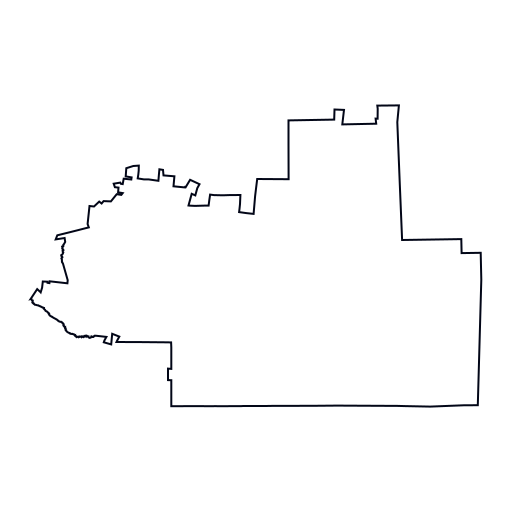 outline of Candelaria, Campeche, Mexico
{"feature_id": "50627088B43108093310772", "entity_name": "Candelaria", "entity_type": "district", "adm_level": 2, "iso_a3": "MEX", "parent_name": "Mexico", "parent_adm1": "Campeche", "projection": "albers", "projection_center": [-91.135, 18.16], "detail": "fine", "context": "isolated", "style": "outline", "palette": "ink", "viewbox_px": 512, "rotation_deg": 0, "n_neighbors": 0, "source": "geoboundaries", "source_scale": "gbopen_adm2", "svg_char_len": 5174}
<svg xmlns="http://www.w3.org/2000/svg" viewBox="0 0 512 512"><path d="M30.7,298.9L31.0,298.8L31.4,299.0L31.4,299.4L31.6,299.9L31.7,300.0L32.0,300.3L32.2,300.5L32.4,300.5L32.7,300.5L32.8,300.8L32.6,301.2L32.6,301.5L32.7,302.1L32.4,302.1L32.3,302.4L32.4,302.6L32.8,303.0L33.1,303.2L33.4,303.2L33.5,303.4L33.8,303.5L33.8,303.9L34.3,304.1L34.8,304.7L35.0,304.8L35.7,304.8L36.4,305.0L37.3,305.3L38.2,305.3L38.5,305.6L38.9,305.8L39.2,305.8L39.7,306.2L40.1,306.2L40.4,306.3L40.7,306.6L41.0,306.6L41.6,307.0L41.8,307.1L42.1,307.3L42.5,307.3L43.0,307.5L43.2,307.8L43.7,307.9L43.6,308.1L43.6,308.3L44.0,308.4L44.0,308.6L43.9,308.6L44.0,308.8L44.2,309.1L44.3,309.3L44.5,309.4L44.7,309.6L45.0,309.8L45.3,310.3L45.5,310.8L45.8,311.0L46.1,311.1L46.5,311.4L47.1,311.6L47.4,311.9L47.6,312.2L47.8,312.4L48.0,312.5L48.3,312.7L48.3,312.9L48.4,313.2L48.8,313.2L49.0,313.4L49.1,313.6L48.9,313.7L48.9,314.1L49.1,314.3L49.2,314.7L49.4,314.8L49.6,315.3L50.0,315.7L50.3,315.8L50.5,316.0L50.8,316.1L51.0,316.3L51.3,316.5L51.5,316.5L52.0,316.7L52.2,316.8L52.3,317.1L53.1,317.5L53.7,317.9L56.0,319.1L56.2,319.3L56.6,319.4L57.0,319.7L57.1,319.9L57.3,320.0L57.7,320.2L57.8,320.4L57.9,320.6L58.0,320.6L58.3,320.8L58.7,321.0L59.0,321.4L59.3,321.5L59.8,321.7L60.5,321.8L60.8,321.9L61.0,321.8L61.3,322.1L61.7,322.1L61.8,322.4L62.2,322.7L62.5,323.1L62.6,323.3L62.9,323.2L63.0,323.3L63.3,323.6L63.4,324.0L63.6,324.1L63.8,325.0L63.5,325.4L63.6,325.5L63.7,325.9L63.9,325.9L64.0,326.1L64.5,326.6L64.7,326.9L64.8,326.9L64.7,327.1L64.8,327.2L64.8,327.4L64.9,327.5L65.1,327.7L65.1,327.9L65.1,328.1L65.5,328.1L65.7,328.3L65.6,329.2L65.7,329.7L65.8,329.8L65.7,329.9L65.6,330.0L65.7,330.3L66.1,330.6L66.3,330.9L66.5,331.0L66.6,331.3L67.1,331.8L68.0,332.4L68.6,332.7L69.6,333.0L69.6,333.3L69.9,333.5L70.1,333.4L70.3,333.6L70.5,333.7L70.7,333.8L70.9,333.9L71.4,333.9L71.9,334.0L72.1,333.8L72.3,333.8L72.5,333.9L72.6,334.0L72.8,334.1L73.3,334.2L73.8,334.2L73.9,334.3L73.9,334.5L74.4,334.9L74.4,335.0L74.6,335.2L75.0,335.1L74.9,335.6L75.0,335.8L75.9,336.0L76.0,336.5L76.3,336.9L76.4,337.0L76.6,336.8L76.8,336.9L77.0,336.8L77.3,336.7L78.0,337.0L78.5,337.3L78.7,337.2L78.8,337.1L78.8,336.6L79.0,336.5L79.4,336.8L79.5,336.8L79.8,336.6L80.0,336.8L80.4,336.6L81.0,336.5L81.6,337.2L81.9,336.9L82.2,336.6L82.5,336.6L82.5,336.4L82.9,336.5L83.3,337.1L83.6,337.2L83.8,337.1L84.1,336.5L84.1,336.3L84.2,336.1L84.3,335.9L84.6,335.9L84.8,335.9L85.6,336.4L85.6,335.7L85.9,335.6L86.2,335.8L86.3,335.7L86.6,335.6L87.0,335.8L87.1,336.0L87.5,336.6L87.9,336.7L88.0,336.6L88.3,336.5L88.3,336.9L88.7,337.1L88.9,337.4L89.2,337.8L89.6,337.9L89.8,337.9L91.0,337.4L91.2,337.1L91.4,336.3L91.5,336.3L92.1,336.6L92.5,337.0L92.9,337.0L93.1,337.0L93.3,337.0L93.7,336.7L93.8,336.4L94.0,336.2L94.3,336.1L94.5,336.0L94.5,335.8L94.7,335.7L94.9,335.7L95.2,335.8L95.3,335.8L95.6,335.7L106.4,336.9L104.4,340.5L103.8,342.3L111.2,344.4L112.2,333.8L119.3,336.6L117.3,340.3L116.9,341.1L116.5,342.0L142.3,342.1L164.5,342.3L171.1,342.4L171.3,347.4L171.3,368.9L168.0,368.6L168.0,380.1L171.3,380.2L171.3,406.2L182.5,406.2L185.0,406.1L213.5,406.2L214.6,406.1L217.7,406.2L218.2,406.2L221.8,406.2L241.6,406.1L243.1,406.0L265.7,406.0L271.4,405.9L313.7,405.8L337.0,405.6L397.7,405.9L405.2,406.1L430.3,406.6L463.2,405.3L477.8,405.2L481.3,279.7L480.7,252.8L461.6,253.1L461.3,239.1L402.1,240.0L400.7,206.0L399.7,181.9L397.3,122.1L398.9,105.4L377.3,105.6L377.7,108.7L377.6,118.7L375.6,118.6L376.2,123.7L342.3,124.4L344.0,109.9L334.5,109.5L334.2,119.6L288.5,120.4L288.5,143.8L288.6,179.2L257.2,179.0L256.1,187.9L255.1,196.2L253.6,213.9L246.3,213.1L239.1,212.1L239.5,208.9L240.0,204.1L240.4,195.0L228.7,195.1L222.9,195.3L214.0,195.1L210.1,194.6L209.3,200.1L208.6,205.6L205.0,205.6L201.5,205.7L201.4,205.7L195.0,205.9L191.1,205.7L190.1,205.7L188.5,205.5L191.7,193.8L195.3,195.4L197.3,188.1L199.5,184.2L190.1,179.8L185.6,187.3L185.0,186.9L184.5,187.4L173.5,186.3L174.4,176.3L163.5,175.4L163.0,169.9L159.4,169.3L158.9,174.8L158.4,180.8L148.6,179.4L143.9,179.4L137.7,178.4L138.3,174.6L138.7,170.8L138.8,165.6L133.3,166.0L126.3,168.2L125.7,176.4L131.6,177.4L131.3,179.5L123.7,178.7L122.7,184.1L120.9,183.8L120.3,182.6L113.7,183.7L114.9,187.2L118.5,187.6L118.1,192.3L122.7,193.1L121.3,194.9L116.7,194.2L110.9,201.4L103.6,201.1L101.6,203.5L99.2,201.6L94.0,206.5L89.5,206.0L87.6,224.0L88.8,227.4L80.1,229.6L78.6,230.0L69.5,232.3L57.3,235.3L55.7,239.4L64.6,238.0L65.2,241.9L64.0,244.0L63.3,244.8L63.4,245.9L63.4,246.1L63.2,246.3L62.6,246.3L62.6,246.7L62.2,246.8L62.5,247.7L62.4,247.9L62.2,248.3L62.3,248.7L62.4,248.8L62.7,249.0L62.9,249.3L63.2,249.5L63.4,250.0L62.7,250.3L62.6,250.5L62.8,250.8L62.8,251.0L62.7,251.5L62.7,252.0L62.9,252.2L63.2,252.2L63.3,252.3L63.1,252.8L62.9,253.5L62.7,253.9L62.1,254.6L61.8,254.8L61.5,254.9L61.3,255.0L61.2,255.2L61.4,256.0L61.5,256.2L62.2,256.7L62.3,256.9L62.4,257.1L62.4,257.4L62.3,257.5L61.7,257.9L61.4,258.4L61.4,258.6L61.7,258.9L61.9,259.3L61.9,260.5L62.0,260.8L61.9,261.2L61.9,261.3L62.0,261.6L62.0,262.1L62.4,262.4L62.5,262.7L62.5,262.9L63.0,263.7L67.7,280.2L67.4,283.3L49.6,281.3L49.4,283.1L47.5,282.8L47.4,281.7L42.8,281.5L42.1,287.7L40.7,292.3L40.3,291.8L40.0,291.7L37.2,289.1L30.7,298.9Z" fill="none" stroke="#020617" stroke-width="2"/></svg>